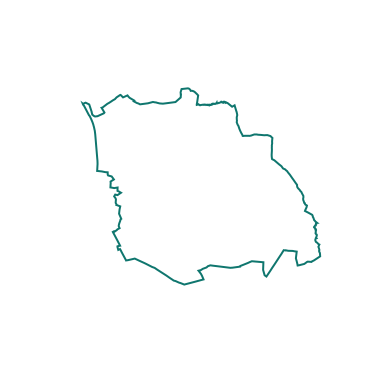 Cēres pag., Kandavas, Latvia (orthographic projection), rotated 38°
{"feature_id": "27541924B40515635146837", "entity_name": "Cēres pag.", "entity_type": "district", "adm_level": 2, "iso_a3": "LVA", "parent_name": "Latvia", "parent_adm1": "Kandavas", "projection": "orthographic", "projection_center": [22.846, 57.111], "detail": "fine", "context": "isolated", "style": "outline", "palette": "teal", "viewbox_px": 384, "rotation_deg": 38, "n_neighbors": 0, "source": "geoboundaries", "source_scale": "gbopen_adm2", "svg_char_len": 5751}
<svg xmlns="http://www.w3.org/2000/svg" viewBox="0 0 384 384"><g transform="rotate(38 192 192)"><path d="M169.6,282.9L170.4,281.3L171.2,281.6L173.0,282.4L172.9,282.4L182.2,286.5L182.3,286.3L183.3,285.4L187.9,279.7L192.8,278.6L198.2,277.3L200.1,276.9L206.8,275.6L209.3,274.8L212.5,274.6L223.4,273.6L227.4,273.4L231.0,273.1L232.0,273.1L233.9,272.3L237.6,271.4L239.1,270.8L242.9,269.7L249.3,261.3L254.9,253.8L251.7,252.0L249.5,251.0L245.6,250.0L246.9,248.3L247.0,248.3L247.8,245.9L249.9,242.5L250.2,240.7L251.6,238.5L254.0,237.1L257.8,234.8L268.8,228.2L270.4,226.8L274.4,222.7L275.9,221.1L275.6,220.6L278.0,216.5L279.8,213.4L280.7,211.6L281.8,209.7L288.1,205.6L291.5,203.4L296.0,209.6L298.7,211.6L300.5,212.9L302.7,212.8L302.6,211.3L302.2,205.7L301.9,202.5L301.6,198.3L300.8,188.7L300.6,185.9L300.1,181.4L301.6,180.5L301.8,180.4L301.8,180.2L304.0,179.1L307.7,176.4L309.3,175.6L311.2,174.5L314.7,180.3L317.0,182.0L319.8,184.2L320.0,184.5L320.5,184.9L321.4,183.9L324.8,179.5L325.7,176.3L326.0,175.7L327.0,175.0L329.1,173.6L329.0,173.4L330.2,170.9L332.6,163.8L332.5,163.7L331.1,162.1L330.3,161.3L329.2,160.8L328.7,160.4L328.4,160.2L328.3,159.8L328.1,159.3L327.5,158.8L326.4,158.0L325.7,157.6L325.3,157.3L325.1,156.3L324.9,155.8L324.8,155.5L324.7,155.0L323.8,155.2L321.8,154.9L320.5,155.0L320.3,155.0L319.1,154.3L318.5,153.6L318.3,152.9L318.0,152.2L318.4,151.8L318.0,151.7L317.7,150.9L317.1,149.4L316.5,148.8L316.1,148.9L314.9,148.6L314.5,148.0L314.5,147.9L314.2,147.5L314.2,147.3L313.8,146.9L313.2,145.6L312.8,145.4L312.6,145.5L312.5,145.1L312.2,145.0L311.8,145.2L311.4,144.9L311.2,144.7L310.7,144.8L310.0,144.7L309.9,144.3L309.9,143.9L309.7,143.9L309.7,143.2L309.7,142.4L310.0,142.1L309.7,141.9L309.5,141.3L309.6,140.9L309.4,140.8L309.4,140.6L309.0,140.3L309.0,140.0L309.2,139.6L309.4,139.5L309.6,139.3L307.4,139.3L306.5,139.0L305.7,139.0L303.4,137.5L302.5,137.2L302.1,136.7L300.8,136.0L296.3,136.7L292.7,137.4L292.4,136.5L291.7,133.6L290.9,131.9L288.9,132.1L287.6,131.3L287.2,131.5L285.6,130.4L284.7,129.9L283.8,129.0L283.0,127.5L282.0,126.4L281.4,126.2L279.8,125.5L278.0,124.6L276.6,124.5L276.1,124.2L274.5,123.9L273.5,123.8L272.4,123.5L272.0,123.3L270.9,122.4L270.4,121.7L268.2,121.1L264.0,119.8L262.9,119.5L258.4,118.1L257.0,117.8L255.3,117.4L254.2,117.0L252.5,117.0L251.7,116.8L249.2,117.4L248.6,117.2L247.2,116.8L246.6,116.6L243.6,116.6L237.3,116.3L234.9,116.8L234.4,116.4L233.1,115.1L231.9,113.7L230.1,111.1L228.8,109.3L227.6,107.9L226.9,106.9L226.2,106.1L225.1,104.1L224.4,103.4L223.8,102.6L222.7,100.9L222.1,99.9L221.0,99.8L219.4,99.6L216.3,100.8L215.1,101.8L214.0,102.8L211.0,104.7L208.8,106.2L207.6,106.8L205.6,108.4L205.0,109.3L203.8,111.2L202.8,112.3L200.0,114.4L199.1,115.1L197.9,116.3L197.4,116.6L196.7,116.1L195.9,115.7L195.0,115.4L192.3,114.1L190.2,112.9L188.0,111.4L186.4,110.8L184.3,109.5L183.5,108.1L182.5,107.1L181.2,105.5L180.3,103.5L179.5,102.8L177.7,101.3L177.3,101.1L172.2,97.5L171.1,100.1L165.1,100.0L164.0,100.6L163.8,100.4L163.6,100.5L163.5,100.8L163.2,100.5L162.6,100.7L162.4,101.1L161.9,101.1L161.9,101.6L161.6,101.5L161.5,102.3L161.1,102.2L160.9,102.8L160.7,102.9L159.9,102.7L159.7,103.0L159.4,103.0L159.3,103.6L159.2,103.9L158.9,104.5L158.5,105.1L158.3,105.2L158.0,105.7L157.6,106.4L157.3,106.5L157.1,106.8L156.6,106.4L156.7,106.9L156.1,107.8L156.1,108.1L156.0,108.4L155.6,108.5L155.3,108.9L155.1,108.9L154.9,109.1L154.7,109.1L154.5,109.6L154.4,109.5L154.0,109.6L153.8,110.0L153.6,110.1L153.4,110.6L153.4,110.9L153.2,111.3L153.5,111.5L153.4,111.7L153.2,112.0L152.9,112.1L152.7,112.2L152.5,112.6L152.3,112.6L152.2,112.5L151.7,112.6L151.4,113.2L151.5,113.3L151.1,113.4L151.2,113.6L150.9,113.8L150.5,114.0L150.4,114.1L150.2,114.2L149.8,114.3L149.5,114.5L149.4,114.8L149.2,114.8L148.8,114.9L148.7,115.1L148.2,115.6L147.9,115.6L147.7,115.6L147.4,116.2L147.2,116.2L146.9,116.5L146.7,116.6L146.6,116.8L145.3,118.1L145.2,118.4L144.7,118.8L144.2,118.8L143.9,118.9L143.7,119.0L143.3,118.9L143.3,119.0L142.6,119.7L142.1,120.4L141.9,120.2L140.7,117.9L137.5,112.3L137.4,112.1L135.6,111.8L132.5,111.5L131.5,111.6L130.1,112.0L129.0,112.8L128.7,113.1L128.0,112.7L127.4,112.5L126.1,112.4L125.0,112.8L120.4,117.3L121.6,120.4L123.3,122.3L123.4,122.2L124.9,124.5L123.6,131.3L117.4,137.6L114.7,140.3L112.0,142.1L110.0,143.0L109.3,143.3L108.7,143.5L107.2,144.4L105.8,145.1L103.6,148.0L102.7,149.2L97.1,154.9L96.7,155.0L95.4,155.2L93.8,155.8L90.2,156.4L90.2,155.5L85.6,156.1L84.9,156.2L83.2,156.0L81.7,155.6L79.4,159.9L76.3,159.5L75.9,159.5L75.6,159.9L74.3,163.9L74.1,166.3L73.2,168.5L72.5,170.7L71.7,173.0L71.0,174.6L70.8,175.4L69.5,180.4L69.5,180.5L68.9,181.3L74.1,183.3L74.1,184.2L70.9,190.4L69.1,192.2L67.6,192.5L65.7,192.4L64.9,191.7L63.8,190.9L63.7,190.7L57.3,186.4L57.1,186.3L53.2,187.1L52.6,188.1L52.5,188.5L52.1,189.1L51.9,189.4L51.8,189.5L51.6,189.6L51.4,189.6L52.4,190.2L54.0,190.6L63.7,195.0L64.3,195.0L66.4,196.0L67.6,196.6L69.6,197.7L70.8,198.4L72.8,199.7L73.8,200.5L74.8,201.2L76.7,202.8L77.6,203.5L78.5,204.4L80.3,206.2L96.4,223.6L98.1,225.4L98.7,226.1L99.7,227.3L100.5,228.3L101.1,229.2L101.8,230.2L104.3,233.8L104.9,233.4L108.3,231.3L111.5,229.7L113.4,228.4L115.0,230.3L115.7,230.6L119.1,229.2L122.7,230.2L121.4,233.9L122.8,235.5L123.0,235.9L124.9,238.6L127.7,237.1L128.2,236.9L130.6,234.3L132.6,237.0L134.2,236.6L136.5,236.3L135.2,240.3L133.1,241.3L133.3,242.9L133.4,243.4L135.3,243.9L136.5,244.5L138.5,247.5L139.2,247.9L140.6,248.4L140.6,248.7L144.3,247.5L145.7,250.4L147.9,254.0L152.4,256.5L152.8,256.7L152.6,257.7L152.8,258.1L153.1,258.7L154.0,261.5L154.3,262.2L154.9,263.5L155.4,264.1L157.2,265.1L156.2,267.5L156.2,268.3L155.3,271.2L154.7,271.0L154.2,272.2L163.0,276.1L165.8,277.4L168.4,278.6L167.1,280.1L166.7,280.7L167.1,281.2L169.4,282.9L169.5,282.8L169.6,282.9Z" fill="none" stroke="#0f766e" stroke-width="2"/></g></svg>